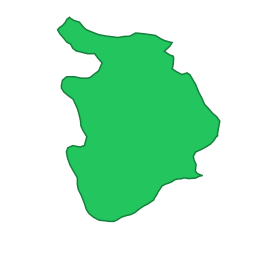 Jalilabad District, Cəlilabad, Azerbaijan (Equal Earth projection), rotated 282°
{"feature_id": "54616110B78302808254353", "entity_name": "Jalilabad District", "entity_type": "district", "adm_level": 2, "iso_a3": "AZE", "parent_name": "Azerbaijan", "parent_adm1": "Cəlilabad", "projection": "equal_earth", "projection_center": [48.474, 39.245], "detail": "fine", "context": "isolated", "style": "filled", "palette": "green", "viewbox_px": 256, "rotation_deg": 282, "n_neighbors": 0, "source": "geoboundaries", "source_scale": "gbopen_adm2", "svg_char_len": 1720}
<svg xmlns="http://www.w3.org/2000/svg" viewBox="0 0 256 256"><g transform="rotate(282 128 128)"><path d="M224.1,47.8L221.7,45.7L217.6,44.4L214.6,42.6L212.0,40.1L209.4,38.7L206.0,41.7L202.2,46.7L199.2,50.4L198.1,54.5L194.5,57.4L192.6,61.3L192.5,66.4L192.3,73.4L193.8,79.9L189.8,84.4L186.3,89.1L178.0,87.5L173.6,83.8L169.6,80.5L168.1,77.4L167.0,71.4L167.0,64.8L165.4,57.3L161.1,54.0L155.4,54.0L153.0,54.7L149.8,57.9L146.7,63.8L144.9,68.2L136.9,74.2L132.2,76.8L125.6,79.9L120.1,81.6L116.3,84.4L111.0,89.5L101.8,89.0L99.5,85.1L99.2,77.4L96.7,74.1L96.0,73.2L91.9,72.7L86.0,75.1L79.7,79.0L74.7,83.4L68.8,88.8L62.5,90.1L57.5,92.2L51.6,96.9L44.8,101.3L39.8,104.1L36.8,107.0L36.0,108.0L33.4,113.2L31.8,119.1L32.4,124.3L32.8,129.5L33.8,133.8L35.9,136.5L39.4,140.1L42.0,144.6L43.9,148.7L46.7,152.3L51.4,156.1L55.1,159.7L57.4,162.7L60.8,166.1L62.9,168.1L65.0,168.5L68.9,170.0L71.9,170.8L78.5,173.4L80.7,176.1L82.5,179.1L84.3,181.8L87.2,184.6L88.3,186.8L89.4,190.6L90.9,193.3L91.1,197.8L93.1,204.6L95.6,207.7L97.1,210.9L97.1,208.7L98.0,204.8L100.2,202.8L106.4,202.2L110.6,199.2L113.7,197.8L118.5,199.1L122.9,205.0L126.4,208.9L129.3,211.9L133.7,214.6L137.2,215.9L139.1,217.3L139.6,216.8L146.8,216.5L153.7,216.4L157.4,212.5L159.9,207.7L163.9,202.5L167.0,198.0L172.6,194.0L177.5,189.9L184.7,185.0L188.1,181.9L192.9,177.6L194.2,174.3L191.5,169.6L193.1,163.9L195.0,159.0L199.5,159.0L206.0,158.1L207.7,157.1L208.1,153.6L210.6,147.6L217.0,152.1L220.8,153.4L220.7,151.8L221.1,145.6L222.1,141.5L224.2,135.7L223.9,129.6L223.3,122.2L222.5,115.7L218.1,110.5L216.7,105.0L214.4,99.3L213.4,87.2L213.2,79.9L214.4,72.5L215.6,66.4L217.7,63.0L221.4,58.5L222.0,52.6L223.6,48.3L224.1,47.8Z" fill="#22c55e" stroke="#15803d" stroke-width="1.5"/></g></svg>